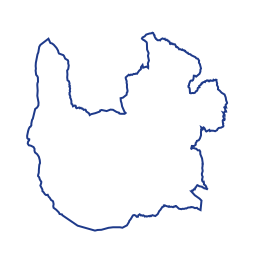 Dr. Manuel Belgrano, Jujuy, Argentina (Equal Earth projection), rotated 353°
{"feature_id": "61730980B9597683153912", "entity_name": "Dr. Manuel Belgrano", "entity_type": "district", "adm_level": 2, "iso_a3": "ARG", "parent_name": "Argentina", "parent_adm1": "Jujuy", "projection": "equal_earth", "projection_center": [-65.306, -24.063], "detail": "fine", "context": "isolated", "style": "outline", "palette": "blue", "viewbox_px": 256, "rotation_deg": 353, "n_neighbors": 0, "source": "geoboundaries", "source_scale": "gbopen_adm2", "svg_char_len": 5812}
<svg xmlns="http://www.w3.org/2000/svg" viewBox="0 0 256 256"><g transform="rotate(353 128 128)"><path d="M26.8,125.7L27.6,126.8L28.6,127.1L28.6,127.4L28.3,128.3L27.3,129.1L27.0,129.8L26.6,131.2L26.8,131.8L27.5,133.1L29.4,133.7L31.9,135.4L32.7,137.3L32.4,139.1L32.7,140.9L34.7,143.0L36.0,145.7L36.5,149.1L36.4,152.1L35.5,153.7L34.5,158.3L34.0,161.5L33.0,163.9L32.9,164.8L33.8,166.0L34.2,168.4L35.4,170.9L35.1,172.2L34.0,174.5L35.5,178.5L35.4,180.4L36.3,181.3L37.4,183.5L38.0,184.1L38.6,184.6L40.2,184.5L40.9,186.6L41.7,187.5L42.9,190.1L44.5,191.4L44.7,191.9L44.9,194.5L44.3,196.4L44.4,198.1L46.8,200.4L49.1,203.4L49.6,205.0L52.0,205.8L52.2,206.6L66.1,218.8L82.7,225.8L85.5,225.5L89.2,225.8L96.5,224.7L101.0,224.7L107.8,225.5L110.3,226.3L115.1,224.5L117.6,221.3L117.9,220.4L119.5,218.9L122.2,215.4L123.5,215.1L124.9,215.8L125.8,217.2L127.0,217.3L127.6,215.9L129.1,215.1L130.0,216.3L130.8,216.2L131.5,216.8L132.5,216.5L133.3,217.1L133.8,217.9L135.1,217.7L135.8,218.2L138.0,217.9L138.8,218.3L139.4,217.8L140.1,218.3L141.5,217.5L144.4,218.7L147.0,217.1L149.0,214.1L150.0,213.4L152.6,210.4L153.5,210.4L154.3,210.0L154.3,209.4L154.9,209.5L154.8,209.2L155.1,209.2L155.4,209.6L158.0,210.8L159.0,210.7L159.0,211.2L161.8,211.5L163.1,212.1L164.2,211.5L164.8,211.8L165.6,211.2L166.2,211.3L168.7,214.3L171.2,215.1L172.1,214.8L173.8,215.1L175.4,214.8L176.2,215.0L177.8,214.3L180.7,214.4L181.0,214.1L182.9,214.6L184.7,215.7L186.7,215.6L187.4,216.6L190.0,218.3L192.1,209.0L190.4,206.8L186.1,202.9L183.0,198.5L183.5,198.5L184.1,197.8L184.9,198.0L185.8,196.9L186.8,197.1L187.6,195.4L187.9,195.4L189.6,193.3L190.0,193.2L191.7,194.5L194.3,195.3L194.7,196.0L195.7,196.4L196.3,197.2L197.3,197.4L199.6,198.7L198.6,197.1L198.5,195.9L197.9,194.5L196.5,193.2L196.5,192.7L196.7,192.4L196.6,190.4L195.7,190.4L195.2,189.4L195.2,188.1L195.6,187.7L195.5,187.3L196.2,185.6L195.7,184.0L195.7,182.5L196.9,179.8L196.8,176.8L197.4,174.7L197.6,172.6L197.9,172.6L197.8,167.2L196.6,162.8L196.8,160.1L196.2,158.8L194.6,158.7L193.2,156.9L192.2,156.7L191.5,156.1L189.7,155.8L188.4,156.4L188.2,156.1L189.2,153.6L191.3,153.9L193.0,153.0L193.2,152.8L193.3,151.3L194.1,150.5L194.8,149.2L196.7,148.8L198.1,147.2L199.6,144.1L199.9,141.1L200.3,139.4L200.3,138.5L201.0,137.5L200.8,136.3L201.5,136.9L201.5,138.2L201.9,138.6L202.6,137.9L202.4,137.0L203.1,136.6L203.9,137.6L204.9,140.6L205.3,141.0L208.6,139.8L209.0,141.1L210.5,140.8L212.7,141.2L214.1,141.8L216.1,141.0L216.7,140.0L218.1,139.0L220.4,139.0L222.7,138.1L223.0,137.4L222.8,136.4L222.8,135.5L223.1,135.1L222.8,134.2L222.9,132.1L223.3,131.6L224.6,131.9L225.0,131.1L225.0,130.2L224.4,130.1L224.2,129.7L223.9,128.0L224.5,126.8L224.8,126.7L225.4,127.3L225.5,126.8L224.4,124.4L225.1,124.8L226.0,123.6L227.4,123.7L227.3,122.9L226.7,121.9L226.7,120.7L226.1,119.2L226.5,119.0L227.9,119.5L227.6,117.8L227.7,117.0L229.4,115.3L229.4,114.8L228.8,112.7L228.7,109.6L227.9,106.5L225.2,104.4L223.6,102.1L222.0,100.6L222.4,98.5L221.5,96.1L221.9,94.8L221.5,92.0L221.7,91.0L221.0,90.7L219.4,91.2L218.7,90.6L218.1,91.5L217.0,91.4L215.5,90.7L214.9,91.3L214.0,90.9L213.8,91.4L212.3,90.3L211.2,90.9L210.4,90.9L210.0,91.8L209.2,91.5L207.4,92.0L207.2,92.6L206.7,92.5L206.2,92.8L206.0,93.7L203.7,95.0L203.9,96.3L202.3,96.7L202.0,97.1L201.8,98.3L201.0,99.5L200.1,99.7L198.8,101.1L197.6,101.4L196.5,101.1L194.6,101.2L193.8,100.8L194.0,96.8L193.8,95.6L193.0,94.7L193.1,93.6L193.8,93.1L193.9,92.0L195.0,89.9L195.7,88.9L196.5,88.5L197.4,88.9L198.3,88.4L199.0,87.1L199.7,84.1L200.8,84.3L201.9,85.3L205.6,82.9L206.7,80.9L207.0,78.9L207.7,77.9L207.1,73.2L206.6,72.5L206.4,71.3L206.8,69.9L205.8,67.8L204.3,67.2L203.5,65.9L199.7,63.5L199.0,62.5L197.2,61.9L196.7,61.4L196.5,60.6L195.7,60.5L194.3,59.1L194.2,58.4L193.4,58.3L193.0,57.6L191.9,57.4L191.5,56.7L190.7,57.0L189.6,56.2L188.3,56.1L187.9,55.0L186.7,53.6L186.0,53.7L185.5,53.2L185.5,52.3L184.7,50.6L183.2,50.4L182.8,49.9L182.5,50.1L181.8,49.5L181.0,49.8L180.8,49.1L180.0,49.4L179.6,47.2L178.5,46.8L178.1,45.8L177.5,45.6L177.2,45.1L176.4,45.4L175.7,44.8L175.4,43.9L174.7,44.1L173.1,43.3L170.8,44.4L170.5,44.9L170.0,44.6L168.4,44.6L167.7,44.2L167.2,43.3L166.6,43.0L166.4,42.1L166.0,41.8L165.5,40.2L165.7,39.6L165.4,38.7L165.0,38.6L164.6,36.8L163.9,36.4L162.4,36.9L161.0,36.8L157.4,37.5L155.7,39.1L153.4,39.9L152.7,41.0L154.1,42.6L155.1,43.0L155.5,43.7L156.8,44.9L157.1,46.0L156.5,52.5L157.6,56.2L156.6,58.8L157.0,63.6L155.6,66.3L155.6,69.0L155.3,70.8L153.8,69.3L150.4,70.0L150.1,67.3L148.3,69.2L147.9,71.3L146.2,72.3L143.5,75.3L142.6,74.9L141.4,75.3L140.2,75.0L138.5,75.8L137.5,75.3L136.2,75.9L135.3,75.2L131.9,77.5L131.8,78.6L132.4,81.4L132.1,83.0L132.3,84.6L131.9,87.4L132.1,91.1L131.7,92.3L131.2,92.6L130.6,94.9L126.6,97.3L124.3,97.5L124.2,100.5L124.6,102.4L124.8,105.9L126.5,111.6L127.5,112.8L126.4,113.5L121.9,112.9L121.0,112.4L120.9,111.7L118.6,110.7L115.3,108.1L112.8,107.6L108.9,108.6L104.0,106.9L102.5,107.2L102.4,107.9L101.7,108.3L97.3,109.3L93.0,109.8L91.6,110.5L91.0,108.6L88.6,106.5L88.2,104.8L87.7,104.5L86.2,104.6L85.2,103.1L84.2,103.0L83.6,102.2L82.5,102.5L82.0,101.7L79.4,102.1L78.8,101.4L78.9,100.1L78.7,99.5L77.9,99.2L76.0,99.8L75.6,97.7L74.8,97.0L75.1,94.1L74.8,92.1L74.3,90.9L74.6,89.4L74.0,87.7L74.3,87.2L74.1,86.1L75.0,84.7L74.8,83.4L75.4,81.6L74.9,79.7L75.5,79.2L75.0,77.9L75.4,76.6L75.1,74.5L73.8,73.3L73.8,70.4L74.4,67.5L74.6,63.6L75.9,62.1L76.8,58.7L76.5,56.4L76.8,54.9L76.6,53.5L74.1,51.5L73.2,48.6L72.7,47.8L68.6,45.7L68.2,44.5L68.0,42.7L66.8,39.8L64.5,36.4L63.0,34.9L61.3,34.1L59.9,29.7L51.2,34.8L49.8,36.6L48.2,42.0L47.1,44.0L44.5,52.0L43.9,55.2L43.8,58.0L43.3,59.7L43.3,64.0L44.4,65.7L44.7,66.9L44.3,71.2L43.6,72.4L43.2,74.2L42.9,79.9L41.9,85.0L42.3,91.9L41.8,94.7L40.3,96.6L38.2,97.8L34.7,107.1L33.7,108.4L32.6,111.8L32.4,113.5L31.4,114.8L30.7,115.0L29.6,116.4L28.5,118.8L26.9,123.6L26.8,125.7Z" fill="none" stroke="#1e3a8a" stroke-width="2"/></g></svg>